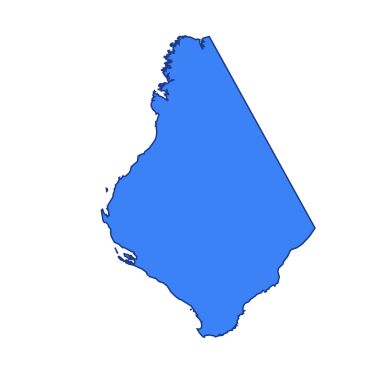 the border of Western Australia, rotated 328°
{"feature_id": "AUS-2651", "entity_name": "Western Australia", "entity_type": "State", "adm_level": 1, "iso_a3": "AUS", "parent_name": "Australia", "parent_adm1": "", "projection": "albers", "projection_center": [121.445, -24.431], "detail": "fine", "context": "isolated", "style": "filled", "palette": "blue", "viewbox_px": 384, "rotation_deg": 328, "n_neighbors": 0, "source": "natural_earth", "source_scale": "10m", "svg_char_len": 5908}
<svg xmlns="http://www.w3.org/2000/svg" viewBox="0 0 384 384"><g transform="rotate(328 192 192)"><path d="M277.2,287.8L268.4,291.7L258.0,294.5L251.3,294.8L245.9,293.5L243.9,294.0L238.7,297.4L232.7,299.6L230.9,301.3L225.2,302.4L222.7,304.8L221.1,310.1L216.4,314.8L214.9,314.2L212.4,315.7L211.9,314.3L211.0,313.7L206.5,314.1L205.9,315.0L203.7,314.4L202.8,314.9L202.7,315.7L200.9,315.7L200.7,314.1L199.9,313.1L197.6,314.1L192.7,313.1L190.9,313.7L184.3,314.1L182.5,315.1L178.3,314.6L176.1,315.3L173.6,317.4L172.6,319.6L173.5,320.5L171.9,320.4L171.5,322.0L170.8,321.4L170.0,322.5L168.8,321.7L165.8,321.5L166.3,322.1L164.6,322.9L164.6,323.9L161.6,325.3L161.2,327.4L158.6,328.0L159.1,328.9L158.1,328.6L155.2,329.2L157.0,329.9L156.3,330.3L153.6,329.4L152.9,330.6L149.9,329.2L148.3,329.1L147.7,329.8L143.4,329.2L142.4,329.8L139.7,328.6L140.9,328.4L139.6,327.4L139.5,328.2L135.2,327.3L134.4,325.6L131.0,322.5L127.5,320.8L126.3,320.8L125.7,321.7L124.4,320.2L123.7,315.3L123.8,310.9L126.1,312.4L127.9,312.1L129.5,310.5L130.6,307.8L131.4,307.7L131.5,307.3L131.3,306.3L131.0,307.6L131.0,304.2L130.0,299.5L131.0,297.5L130.4,299.4L131.3,301.0L130.6,299.1L131.8,298.7L131.1,297.9L131.3,295.2L130.5,294.5L131.2,294.3L131.4,293.3L130.8,288.0L125.9,278.0L124.3,276.0L122.8,272.1L121.2,265.8L121.2,258.6L119.5,253.8L116.6,250.4L115.6,246.4L111.2,241.2L110.3,238.0L110.7,235.7L108.9,231.0L103.6,222.9L100.2,219.7L98.2,216.4L99.7,217.4L99.8,214.2L100.3,217.8L101.0,219.2L100.5,214.4L101.0,216.5L101.6,216.3L102.3,220.4L102.8,217.9L103.2,221.5L103.8,219.8L104.5,222.5L106.1,221.8L106.7,220.7L106.8,218.4L105.5,217.1L104.4,216.9L103.0,215.3L102.7,213.3L101.0,210.7L101.9,207.7L102.0,208.9L104.6,211.3L105.0,212.5L104.8,216.6L105.6,216.6L106.2,215.5L106.1,213.2L106.8,213.6L106.8,215.4L108.4,218.9L109.3,219.6L110.8,217.8L110.0,213.4L110.9,213.5L110.7,211.6L109.5,211.0L105.0,203.1L103.6,202.4L102.3,197.5L99.6,193.5L100.0,186.9L101.5,183.1L103.4,180.8L102.9,177.0L103.6,175.5L103.4,173.9L102.8,172.1L101.5,171.4L101.3,169.4L105.4,159.5L107.0,159.2L106.1,163.9L106.6,165.9L107.3,165.7L106.9,168.2L107.6,168.4L108.8,167.3L109.4,167.9L111.1,163.5L111.0,161.4L111.6,161.9L112.7,159.2L122.4,154.3L124.1,151.9L126.3,150.6L127.7,148.3L130.2,147.1L130.7,145.5L133.7,144.9L136.7,142.8L137.7,141.1L138.4,141.2L137.7,142.7L138.6,143.4L142.1,141.8L142.5,142.8L144.1,143.4L148.4,142.6L150.4,141.8L154.1,138.3L162.0,137.2L165.4,133.0L166.2,133.6L166.6,132.9L169.9,133.4L171.4,134.2L173.1,132.9L179.2,132.1L187.9,128.5L190.8,126.4L193.5,123.1L196.3,117.8L195.9,116.5L197.8,115.8L197.4,114.8L198.4,113.2L199.6,113.3L205.0,108.8L204.9,107.0L202.8,107.0L203.3,106.1L203.3,103.5L202.5,101.6L202.9,97.7L204.2,95.5L206.7,93.9L206.6,93.3L208.1,94.0L207.3,92.5L208.0,91.5L211.0,91.5L210.0,90.5L210.2,89.2L211.8,88.0L212.2,86.8L213.5,86.4L213.2,86.9L213.9,87.5L213.1,87.6L212.7,88.9L213.7,90.4L214.8,90.3L214.4,91.4L215.1,91.9L214.9,93.3L216.4,94.6L220.1,102.2L220.1,99.2L221.1,96.9L220.3,95.7L220.5,94.3L224.4,97.3L223.0,94.5L223.9,94.9L223.6,93.8L225.0,92.3L224.8,92.0L224.4,92.7L223.0,93.1L222.0,91.2L219.5,90.0L220.8,88.6L219.6,88.8L218.5,87.9L219.4,88.0L219.0,87.5L221.2,88.3L220.5,88.1L221.4,87.8L219.5,86.8L222.1,87.1L221.1,86.3L222.1,86.5L222.1,85.9L220.0,85.0L220.4,83.8L222.3,83.3L223.3,84.1L222.8,84.2L223.4,84.8L222.4,84.9L224.0,85.8L224.0,87.1L224.4,86.0L225.6,86.5L225.1,85.4L225.6,85.2L224.6,84.4L227.3,85.2L228.5,86.8L230.0,87.0L230.5,86.3L236.6,87.3L234.4,86.3L230.7,86.0L230.5,84.5L231.2,82.5L232.2,84.0L233.2,83.3L233.4,80.5L235.0,79.3L233.5,79.3L231.9,81.7L231.3,79.5L230.9,80.1L230.6,77.5L231.2,76.8L230.6,75.6L231.5,75.6L231.8,74.9L233.8,75.4L234.0,74.2L234.5,75.0L235.1,73.5L234.4,73.4L234.3,72.1L235.5,72.6L235.2,73.2L236.0,72.7L236.3,73.5L237.5,73.6L238.4,74.4L238.2,75.1L239.1,75.4L239.2,74.8L240.8,75.7L239.4,74.4L240.3,73.1L239.0,72.6L237.5,73.3L237.1,72.8L239.3,71.1L236.9,72.2L236.5,71.1L237.1,70.3L238.2,70.7L238.8,70.3L238.6,68.6L239.7,68.7L239.4,69.4L240.2,69.5L240.6,71.1L240.4,69.4L240.7,69.2L242.2,70.9L244.0,70.9L243.2,69.8L244.0,69.3L241.0,68.4L242.5,67.6L241.2,67.1L240.4,65.6L242.5,64.4L241.7,64.1L243.2,62.7L243.1,64.1L243.7,63.2L244.3,64.5L245.0,62.6L246.2,63.3L246.3,59.5L248.1,59.9L247.8,60.7L247.1,60.6L247.4,62.9L246.8,64.5L248.1,61.5L248.0,62.4L249.5,62.3L249.3,63.9L250.3,64.7L250.4,63.1L251.9,63.1L251.2,61.4L252.2,61.0L252.3,59.6L253.4,59.1L253.3,57.8L251.5,57.4L251.4,56.4L252.8,56.9L251.9,55.5L252.9,55.1L252.8,55.6L253.6,55.6L253.0,56.8L254.4,56.0L253.7,57.7L254.3,57.6L254.0,58.6L255.2,59.6L255.9,59.0L255.3,58.4L255.8,57.4L257.1,56.3L258.9,56.0L257.3,57.7L258.3,57.7L257.8,58.2L258.8,58.6L259.1,59.7L259.8,57.6L260.3,58.4L260.9,57.8L260.6,56.6L262.5,56.2L261.2,54.2L262.0,53.9L262.4,54.5L262.8,54.3L262.4,53.7L263.8,53.4L265.3,54.8L265.0,55.5L265.9,56.6L266.4,55.5L266.8,56.4L267.3,55.7L268.5,56.6L268.5,55.9L269.6,56.4L270.0,57.9L272.6,59.6L275.9,64.8L276.7,64.7L279.4,66.8L278.8,67.3L278.8,68.3L277.9,68.6L276.7,74.1L277.0,75.6L276.3,76.8L277.4,75.9L277.8,72.8L279.7,75.7L278.8,71.2L280.3,69.3L280.7,71.1L280.9,70.4L281.6,71.1L282.0,71.2L281.4,68.0L283.2,67.5L289.0,69.3L277.2,287.8ZM97.9,213.7L98.8,216.2L95.6,211.6L95.0,208.3L95.4,207.8L96.0,207.9L97.8,212.9L97.6,213.9L97.9,213.7ZM121.8,144.3L121.2,145.9L120.0,146.2L121.3,143.5L121.8,144.3ZM233.2,73.2L234.1,74.0L232.6,74.5L233.3,73.7L231.7,73.5L233.1,72.0L233.2,73.2ZM240.7,61.9L241.3,63.8L240.5,64.5L240.0,63.2L240.5,63.4L240.7,61.9ZM280.9,68.9L281.9,71.1L280.9,70.0L280.9,68.9ZM278.0,70.9L278.7,72.1L278.6,72.9L277.8,72.2L278.0,70.9ZM96.5,205.0L96.5,202.2L96.9,201.5L96.5,205.0ZM97.0,199.9L96.9,201.3L97.1,198.2L97.0,199.9ZM231.1,72.3L231.4,72.8L230.2,72.7L231.1,72.3ZM237.7,68.2L237.7,69.3L236.9,68.6L237.7,68.2ZM258.0,55.1L258.7,55.1L259.4,55.5L258.2,55.5L258.0,55.1ZM127.8,291.3L128.8,290.9L129.1,291.1L127.8,291.3ZM130.3,292.9L130.6,293.7L130.6,294.0L130.4,293.9L130.3,292.9Z" fill="#3b82f6" stroke="#1e3a8a" stroke-width="1.5"/></g></svg>